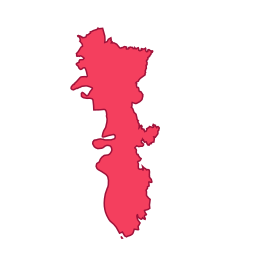 Pirojpur, Barisal, Bangladesh (Mercator projection), rotated 344°
{"feature_id": "16705992B46028667424095", "entity_name": "Pirojpur", "entity_type": "district", "adm_level": 2, "iso_a3": "BGD", "parent_name": "Bangladesh", "parent_adm1": "Barisal", "projection": "mercator", "projection_center": [89.98, 22.515], "detail": "fine", "context": "isolated", "style": "filled", "palette": "rose", "viewbox_px": 256, "rotation_deg": 344, "n_neighbors": 0, "source": "geoboundaries", "source_scale": "gbopen_adm2", "svg_char_len": 5845}
<svg xmlns="http://www.w3.org/2000/svg" viewBox="0 0 256 256"><g transform="rotate(344 128 128)"><path d="M90.9,226.8L94.0,226.5L95.1,230.8L96.6,232.2L97.6,231.9L100.8,231.8L103.0,231.1L104.1,230.1L106.1,227.0L109.7,228.6L110.2,228.5L110.6,225.2L111.6,224.5L113.4,222.6L112.2,219.3L112.0,217.9L112.2,215.2L112.7,214.2L113.2,214.1L113.1,216.0L113.3,216.8L115.0,219.0L116.0,219.4L117.3,218.3L118.2,219.7L119.2,220.5L119.6,220.0L119.5,218.7L119.3,218.6L119.4,217.3L120.2,216.5L121.6,216.5L121.9,216.1L121.2,214.3L121.0,212.3L121.1,211.8L124.7,211.8L126.8,211.2L127.4,207.9L129.6,202.7L128.4,200.9L127.2,198.1L127.5,196.7L128.2,194.5L128.2,192.9L128.9,192.2L130.0,191.5L130.6,189.8L132.3,189.5L133.1,185.7L133.7,185.7L135.0,186.6L135.7,186.7L136.1,186.5L136.2,183.8L135.3,181.8L135.1,180.6L135.5,180.1L135.5,179.2L136.6,176.1L136.8,174.3L135.7,173.4L134.2,173.3L133.8,172.1L132.6,171.0L131.4,168.9L131.3,171.9L130.8,172.5L130.5,172.2L130.1,171.2L128.1,171.0L126.9,169.9L127.3,167.7L128.1,165.5L127.9,163.3L128.6,162.8L130.2,162.8L131.5,161.9L132.2,161.0L131.5,160.3L131.0,159.3L130.4,157.4L130.4,156.3L129.6,156.1L129.4,155.8L129.2,153.5L129.9,151.9L130.0,150.8L129.1,149.1L129.1,148.8L131.5,147.5L133.2,148.9L134.9,149.0L136.7,149.5L137.9,149.0L138.4,148.4L138.1,146.7L137.0,146.0L137.0,145.3L137.4,143.8L138.2,143.7L138.9,142.6L139.1,143.3L139.5,143.5L139.3,143.9L139.3,144.8L140.0,145.3L140.1,146.1L140.4,145.9L140.6,146.3L141.8,146.4L141.9,148.2L142.6,150.0L143.7,150.2L143.8,149.7L144.2,149.4L146.1,149.4L146.1,148.7L146.7,148.6L147.8,148.4L149.0,148.6L150.2,145.9L150.5,144.4L150.3,143.6L150.6,143.6L150.9,144.3L151.6,144.5L154.8,142.1L155.4,141.2L155.8,139.2L156.6,138.9L157.1,138.4L157.3,137.6L157.8,137.2L158.0,136.2L157.2,134.9L156.0,134.9L155.7,135.4L154.9,133.6L155.1,133.0L153.8,132.1L153.3,131.5L152.5,132.5L153.1,133.8L152.5,134.3L151.4,134.2L151.2,133.8L149.0,132.5L148.4,133.3L147.5,133.3L146.9,133.7L145.8,133.8L145.8,134.7L145.1,135.2L144.8,135.9L143.1,136.1L143.0,134.9L142.7,134.7L142.8,134.2L143.1,133.9L143.1,133.7L142.6,133.3L142.0,133.2L141.8,132.8L141.1,132.8L140.8,132.2L142.0,130.2L141.4,129.0L140.9,129.1L140.6,129.9L138.7,130.9L139.2,129.9L139.8,127.1L139.3,125.8L139.3,124.1L139.9,123.9L139.1,122.3L139.3,120.9L139.5,117.0L138.1,114.6L137.9,111.0L137.5,109.8L136.9,109.0L137.7,108.2L138.3,106.7L138.5,105.6L139.1,104.6L141.8,106.5L143.0,106.7L146.6,105.9L148.6,104.9L149.4,104.3L151.0,101.5L150.8,101.1L151.5,100.3L150.5,96.9L149.9,96.3L149.3,96.2L148.9,95.4L149.2,92.7L149.1,92.1L149.0,91.9L147.8,91.5L147.8,89.6L148.1,88.4L148.6,87.9L148.4,87.1L148.0,86.8L149.1,86.1L150.9,85.8L151.7,84.8L153.4,83.7L159.1,81.6L159.3,80.4L160.2,79.5L160.1,79.1L160.4,77.7L160.9,77.2L161.2,76.5L162.1,75.7L162.7,72.7L163.7,72.4L164.4,70.2L164.1,69.3L164.5,68.1L165.5,67.8L166.3,66.9L166.5,65.7L168.4,65.2L168.4,64.7L170.3,63.5L170.9,62.3L172.2,61.9L172.5,61.5L172.1,61.1L172.8,60.8L172.6,60.5L171.2,60.3L169.7,58.4L168.7,58.4L168.0,59.9L166.9,59.8L166.3,58.6L166.9,56.5L166.8,56.1L166.2,56.4L165.4,56.5L164.4,56.3L162.8,55.4L162.5,55.8L162.7,56.7L162.6,57.0L161.2,56.8L160.8,57.1L159.8,56.3L160.0,55.4L160.0,53.7L158.8,53.7L158.1,54.2L157.5,54.1L156.7,52.8L156.6,53.3L156.2,53.4L154.9,53.1L154.7,51.9L153.4,51.4L152.7,50.9L151.0,50.9L150.9,51.6L150.7,51.6L150.2,52.0L148.5,51.7L148.3,51.6L148.3,51.2L149.0,50.1L148.9,49.8L147.2,48.8L146.0,48.9L145.3,49.3L144.4,49.0L143.3,49.2L142.5,49.0L141.9,48.2L140.2,44.3L138.1,42.4L135.5,41.5L136.5,40.7L135.7,39.2L136.2,38.4L136.4,36.6L133.6,37.3L131.8,39.2L130.2,39.4L129.2,39.4L130.2,36.8L131.0,33.2L131.1,25.2L127.2,24.5L126.7,23.7L126.1,24.3L125.1,24.7L121.6,24.8L119.4,25.3L118.3,25.2L118.0,26.4L117.5,26.4L115.5,27.3L113.8,27.2L112.8,28.8L111.5,29.0L109.3,28.7L109.1,28.5L109.1,28.1L108.5,27.9L108.2,27.2L107.0,26.1L106.0,26.1L105.7,25.4L105.1,25.5L105.1,26.2L106.0,26.9L106.5,27.9L106.4,30.5L106.2,30.9L105.6,31.2L106.7,33.6L107.1,35.2L106.8,36.7L106.7,37.0L105.2,37.3L101.2,40.9L98.9,42.3L99.0,43.0L98.5,44.6L98.8,45.0L100.3,45.2L101.0,45.7L102.2,45.5L103.4,46.4L104.9,48.4L105.0,48.9L103.6,49.8L100.5,49.2L99.4,50.2L99.2,51.2L97.1,51.6L96.1,52.0L95.9,52.6L96.1,53.3L97.2,54.9L97.4,56.9L98.3,58.5L98.9,58.7L100.2,58.5L101.1,58.0L102.1,57.9L102.9,58.1L103.2,58.5L103.5,60.0L103.6,62.3L103.3,66.7L102.9,67.2L102.3,67.4L101.0,66.8L98.0,66.1L96.7,66.0L95.9,66.3L91.0,69.4L89.5,70.0L88.8,70.9L88.2,71.2L87.8,70.9L86.2,71.8L84.7,73.0L84.2,74.1L84.3,74.7L84.9,75.6L86.1,76.3L89.6,75.7L90.1,76.0L91.0,75.9L91.8,75.6L93.2,75.6L95.2,75.2L99.2,75.9L100.3,76.3L102.9,78.0L104.7,79.6L104.7,80.1L104.3,80.6L101.3,82.8L100.0,84.4L99.4,84.5L99.1,85.2L98.4,85.6L97.2,85.7L94.8,82.0L93.8,81.2L92.7,81.9L92.0,84.6L92.8,85.9L93.7,86.7L96.6,88.1L99.5,88.9L100.7,89.5L101.5,90.1L102.0,90.9L101.9,92.4L101.1,97.0L100.1,101.2L105.8,102.7L110.1,103.5L111.1,104.1L111.5,105.1L111.6,106.8L111.2,109.4L110.6,110.5L110.4,113.6L109.3,116.6L106.7,121.3L104.0,123.9L102.6,125.8L101.0,128.8L101.0,129.4L101.6,129.8L103.3,130.0L107.2,129.9L112.2,130.2L112.4,130.5L113.1,130.7L113.5,132.0L113.2,133.3L112.2,134.6L108.4,134.7L103.2,133.3L101.7,132.7L101.2,132.0L100.3,131.8L98.5,130.9L96.1,130.6L94.6,130.7L92.5,130.4L91.7,130.6L91.6,131.0L90.5,131.6L89.8,133.2L89.8,134.0L90.4,136.6L91.5,138.1L93.3,139.5L97.2,140.2L98.7,140.0L101.2,139.0L103.0,138.9L104.6,139.5L105.8,140.2L106.2,140.8L106.7,142.3L106.5,144.3L106.2,145.1L105.5,146.1L103.8,147.6L102.8,148.1L101.5,148.4L97.6,147.8L94.8,148.9L92.8,150.4L91.0,152.7L88.2,153.6L87.7,154.3L86.8,156.1L87.0,158.2L87.2,158.7L88.0,159.9L90.6,162.5L94.0,166.5L95.0,168.8L95.1,169.6L94.8,172.9L93.4,177.3L92.3,179.3L91.6,180.0L88.1,185.0L85.9,189.6L84.5,193.5L83.7,196.7L83.3,199.9L83.2,202.7L83.5,206.1L84.4,210.4L85.2,212.6L87.8,216.6L89.4,220.3L90.9,226.8ZM91.8,232.3L92.2,232.3L91.4,230.3L91.7,232.1L91.8,232.3Z" fill="#f43f5e" stroke="#9f1239" stroke-width="1.5"/></g></svg>